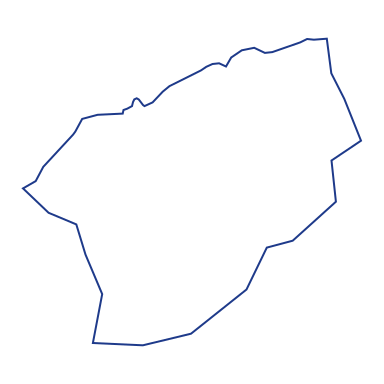 map outline of Bartın (Natural Earth projection)
{"feature_id": "TUR-5521", "entity_name": "Bartın", "entity_type": "Province", "adm_level": 1, "iso_a3": "TUR", "parent_name": "Turkey", "parent_adm1": "", "projection": "natural_earth1", "projection_center": [32.482, 41.593], "detail": "fine", "context": "isolated", "style": "outline", "palette": "blue", "viewbox_px": 384, "rotation_deg": 0, "n_neighbors": 0, "source": "natural_earth", "source_scale": "10m", "svg_char_len": 694}
<svg xmlns="http://www.w3.org/2000/svg" viewBox="0 0 384 384"><path d="M23.0,188.4L35.7,181.1L43.3,166.8L73.1,134.6L75.3,131.6L82.2,118.9L97.6,114.8L122.7,113.6L123.5,110.0L127.2,108.7L132.0,106.1L133.0,102.1L134.3,99.4L136.7,98.3L138.8,99.5L143.0,105.0L144.5,106.1L152.6,102.4L162.7,91.7L169.5,86.1L201.0,70.4L206.3,66.8L212.5,64.0L219.1,63.3L226.0,66.5L231.2,57.5L241.8,50.3L254.2,47.8L264.9,52.9L272.3,52.1L300.2,42.4L307.1,39.0L313.9,39.7L326.8,38.7L331.3,73.3L344.3,98.9L361.0,140.7L331.5,160.5L335.9,201.7L292.7,240.7L266.8,247.6L246.5,289.5L191.0,333.7L142.9,345.3L92.9,343.0L102.2,294.1L85.5,254.6L76.3,224.4L48.6,212.8L23.0,188.4Z" fill="none" stroke="#1e3a8a" stroke-width="2"/></svg>